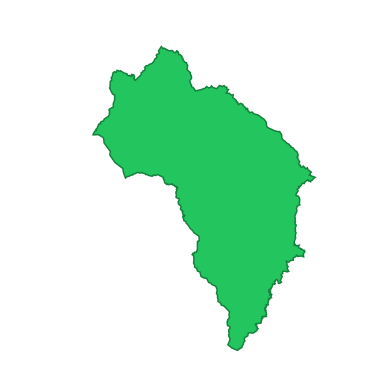 Lan Sak, Uthai Thani, Thailand, rotated 211°
{"feature_id": "78962969B44597518735554", "entity_name": "Lan Sak", "entity_type": "district", "adm_level": 2, "iso_a3": "THA", "parent_name": "Thailand", "parent_adm1": "Uthai Thani", "projection": "orthographic", "projection_center": [99.474, 15.557], "detail": "fine", "context": "isolated", "style": "filled", "palette": "green", "viewbox_px": 384, "rotation_deg": 211, "n_neighbors": 0, "source": "geoboundaries", "source_scale": "gbopen_adm2", "svg_char_len": 5969}
<svg xmlns="http://www.w3.org/2000/svg" viewBox="0 0 384 384"><g transform="rotate(211 192 192)"><path d="M148.0,288.9L150.3,287.7L153.6,286.9L160.6,286.2L162.2,287.2L164.4,290.1L167.4,291.4L175.2,292.0L179.1,290.9L181.6,291.5L183.5,289.7L185.2,290.5L186.2,290.4L187.2,292.1L187.8,292.0L188.5,290.8L189.1,291.7L192.7,292.4L193.6,293.3L196.1,293.0L197.3,290.7L199.3,292.6L200.3,292.1L201.4,293.4L205.8,294.0L206.8,296.6L207.6,295.6L209.7,295.4L210.7,295.9L213.6,294.5L213.5,298.6L215.1,298.1L216.1,299.7L217.6,299.1L219.4,299.7L220.4,297.8L221.2,298.0L223.3,297.4L223.9,293.8L224.5,293.1L227.8,292.4L230.0,292.9L229.9,291.4L230.6,290.3L231.7,289.8L233.8,290.0L234.4,287.2L235.6,286.5L235.7,285.8L240.9,280.5L244.9,282.2L245.8,281.9L246.9,282.3L247.5,283.4L248.7,283.8L251.2,286.1L250.9,289.1L251.9,290.7L254.5,292.6L254.9,293.5L259.3,294.4L261.0,298.4L262.1,298.7L263.3,300.0L264.8,299.5L267.7,300.6L268.5,301.8L269.5,301.7L270.6,303.1L273.1,303.6L274.1,302.9L275.4,304.5L276.2,304.3L276.3,305.1L277.8,305.2L277.9,302.9L279.1,302.4L281.8,303.1L284.5,301.1L290.2,300.9L290.8,299.8L293.2,300.9L293.4,295.7L291.6,294.4L291.8,292.9L292.9,292.1L293.1,290.9L291.6,289.6L291.4,288.6L292.3,287.4L292.0,284.2L292.5,281.6L294.3,279.4L294.9,277.6L296.4,276.6L296.7,274.4L295.6,273.7L295.3,271.6L296.3,270.7L296.2,269.2L297.0,268.0L296.0,266.3L297.9,259.1L298.6,258.3L299.5,259.4L300.5,259.2L300.4,261.0L302.0,262.3L303.0,262.2L304.2,261.7L303.7,260.8L303.2,260.8L303.6,259.9L304.4,259.5L305.3,260.0L306.1,259.0L307.4,258.8L308.7,259.8L311.9,258.9L315.5,259.2L315.5,258.6L316.1,258.3L318.9,257.7L318.7,255.4L320.2,255.2L321.1,253.8L319.8,249.6L320.1,248.3L318.4,246.7L319.0,244.7L316.4,239.9L316.2,238.7L310.7,235.1L308.1,235.1L305.8,231.1L304.9,226.9L303.2,224.3L305.6,220.4L305.3,219.4L303.8,218.4L303.5,217.0L302.6,215.9L302.9,213.1L304.8,209.4L304.5,207.2L306.1,205.6L306.3,204.3L305.5,203.2L306.6,202.6L306.9,201.6L306.3,200.1L306.6,199.5L306.0,197.5L306.6,196.3L306.1,196.3L305.7,195.3L306.5,194.4L306.6,191.0L306.2,190.0L302.0,192.9L296.6,193.0L295.3,192.3L292.5,188.7L283.0,184.8L281.5,181.4L273.2,177.6L263.2,176.5L261.0,173.6L256.2,169.7L255.2,172.3L253.9,173.1L253.2,174.9L251.5,176.1L251.4,177.4L250.1,178.5L248.9,180.7L246.5,181.3L245.2,182.9L244.7,182.6L241.8,183.5L240.6,183.1L239.8,183.8L238.0,183.8L234.4,184.9L233.9,185.5L233.9,186.6L231.9,187.3L230.3,189.3L224.0,189.8L223.6,188.7L221.6,187.5L220.2,185.9L218.7,185.6L218.5,186.0L217.5,185.5L216.7,186.0L216.8,186.4L215.6,186.3L214.0,188.1L213.0,188.0L212.8,188.7L211.2,188.2L210.5,188.7L209.4,188.0L208.1,188.7L207.1,188.4L207.4,187.9L206.6,187.9L206.8,187.2L206.4,186.9L206.7,186.0L206.0,185.7L205.4,184.2L205.8,183.9L205.5,183.2L203.5,180.9L203.2,179.4L201.0,179.1L199.9,179.8L199.1,179.1L198.8,176.5L197.6,174.9L197.1,175.1L196.0,174.3L194.9,174.5L193.4,173.1L193.5,172.0L193.0,171.4L192.4,171.0L190.5,171.1L189.8,170.4L190.1,169.9L187.7,167.7L187.2,168.3L186.0,168.0L186.0,167.4L187.3,167.4L187.3,166.3L186.4,165.2L185.8,165.3L184.3,163.3L181.9,163.4L181.0,162.4L178.5,161.7L174.7,159.8L171.3,159.2L169.6,158.1L163.9,157.8L162.9,157.3L160.7,153.9L161.7,152.8L161.7,152.2L157.7,145.3L157.3,142.7L158.7,141.7L158.5,140.2L159.6,140.1L159.6,138.4L158.4,138.4L157.6,137.8L155.8,135.7L154.0,131.8L152.1,130.8L151.2,129.0L148.6,128.9L146.5,127.0L144.0,127.5L140.7,124.2L137.7,124.4L134.9,125.5L131.1,123.0L128.9,123.6L127.2,122.9L123.1,123.5L119.9,121.0L119.0,118.0L116.5,116.2L115.8,114.6L114.1,113.1L113.3,111.6L110.2,111.4L108.6,110.1L106.0,110.8L98.1,108.6L97.1,105.8L95.1,103.6L95.6,101.0L94.8,98.5L92.8,95.8L91.5,96.2L89.4,95.5L89.1,94.6L89.6,93.1L88.5,91.1L87.3,90.2L87.2,89.0L85.9,87.1L84.1,86.2L83.2,84.2L82.6,79.6L77.7,78.8L71.5,79.7L70.7,81.2L70.9,82.1L70.0,82.7L69.2,84.9L69.7,86.1L69.6,88.0L70.3,89.5L69.9,91.5L71.0,92.3L71.7,93.7L71.7,94.6L70.1,97.4L71.1,100.0L69.8,101.3L67.1,102.3L65.0,106.6L65.5,108.1L65.0,108.9L66.3,109.2L66.9,110.2L67.7,110.1L69.2,111.0L68.3,111.5L69.1,112.2L65.5,115.0L65.5,115.9L66.3,116.8L66.2,118.1L67.0,119.0L66.4,120.0L67.7,121.2L66.4,121.8L66.3,122.7L65.1,122.6L64.1,123.7L65.1,124.4L65.0,125.5L67.2,127.7L67.4,128.4L68.3,128.0L68.5,129.2L69.0,128.9L69.4,129.3L68.8,129.9L69.8,131.0L69.2,131.5L69.2,132.4L70.3,133.6L68.8,134.1L68.6,134.6L70.2,136.4L69.9,137.2L70.7,138.8L70.3,140.2L71.3,140.3L69.5,142.4L70.5,142.9L70.8,144.6L72.3,143.8L72.7,144.8L71.9,145.4L73.8,145.6L73.1,146.6L73.5,147.4L74.1,147.3L73.7,146.3L74.2,145.8L75.8,147.5L75.6,147.8L74.9,147.5L75.1,148.8L74.4,149.1L75.0,149.8L74.5,150.4L74.8,153.4L75.6,154.6L73.9,155.3L73.4,156.2L75.4,157.8L74.6,158.5L74.9,159.3L74.4,160.7L72.8,160.1L70.8,158.3L69.8,158.9L68.9,160.8L70.8,161.7L71.2,166.1L73.0,166.7L73.1,167.3L72.2,168.8L73.2,170.2L72.5,171.6L69.3,172.6L68.2,173.8L71.3,175.6L71.2,177.7L72.9,177.8L73.2,178.9L75.4,181.3L72.9,181.7L72.2,184.2L70.1,185.8L71.2,187.6L70.0,189.5L69.6,191.9L68.4,191.1L64.9,193.7L62.9,193.9L64.7,196.3L64.5,198.7L65.5,199.9L66.4,199.3L67.9,199.5L69.0,199.2L69.0,198.6L69.3,199.6L72.1,199.1L72.6,199.7L72.7,201.6L75.1,199.4L76.3,200.2L76.9,199.2L77.0,200.0L78.0,200.6L78.8,202.3L79.7,206.5L80.7,207.0L82.0,210.9L83.4,211.5L83.7,212.9L84.7,213.5L85.6,217.3L87.4,217.6L87.9,219.8L88.8,220.0L89.2,221.6L91.5,224.4L92.2,229.5L93.9,231.7L94.6,233.9L93.0,236.5L93.7,236.8L95.8,241.1L97.0,242.3L98.7,243.1L101.1,242.6L101.7,243.8L101.6,247.6L103.1,248.2L102.3,251.2L103.3,251.4L103.3,251.9L102.0,252.7L101.9,256.2L100.1,257.1L100.5,258.3L99.1,262.1L98.5,262.2L97.8,261.4L97.3,261.9L95.6,261.9L95.9,262.9L94.9,264.3L94.8,266.3L94.0,268.0L100.0,266.9L99.8,268.4L100.4,269.0L100.0,270.5L103.8,270.7L105.6,272.1L106.5,270.5L109.8,271.6L110.6,269.7L112.2,269.7L112.5,270.6L113.1,270.8L114.2,270.4L115.2,271.5L115.1,273.1L119.0,275.5L119.2,276.3L120.0,276.3L120.0,278.3L122.9,280.6L124.9,280.7L128.4,281.9L130.5,281.4L130.8,282.2L132.7,282.3L133.2,282.8L136.8,282.8L138.4,283.4L140.6,283.5L142.9,284.6L144.7,287.3L148.0,288.9Z" fill="#22c55e" stroke="#15803d" stroke-width="1.5"/></g></svg>